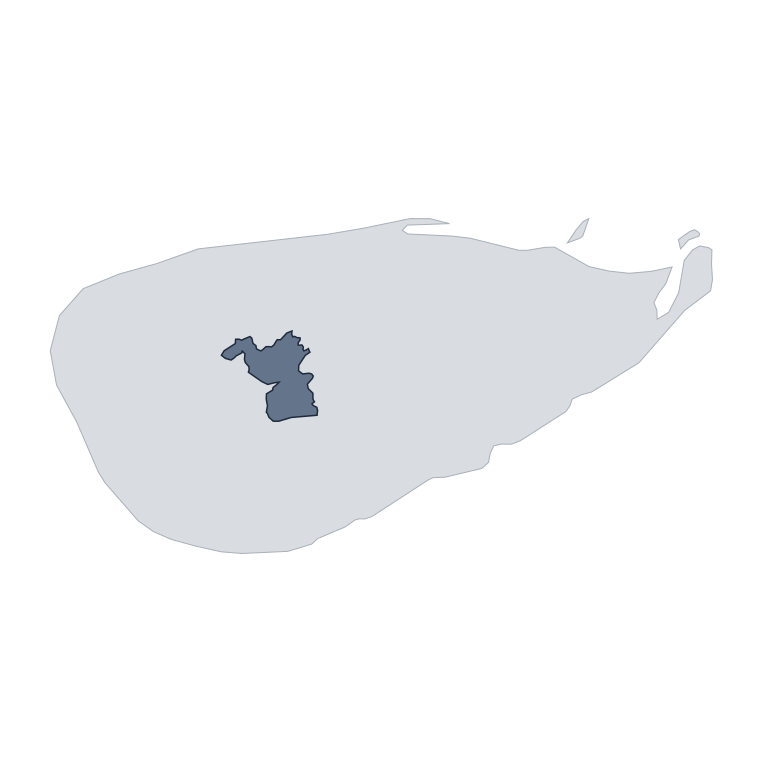 location of Mahanuvara within Sri Lanka, rotated 88°
{"feature_id": "LKA-2448", "entity_name": "Mahanuvara", "entity_type": "District", "adm_level": 1, "iso_a3": "LKA", "parent_name": "Sri Lanka", "parent_adm1": "", "projection": "robinson", "projection_center": [80.641, 7.216], "detail": "fine", "context": "in_parent", "style": "filled", "palette": "slate", "viewbox_px": 768, "rotation_deg": 88, "n_neighbors": 0, "source": "natural_earth", "source_scale": "10m", "svg_char_len": 2443}
<svg xmlns="http://www.w3.org/2000/svg" viewBox="0 0 768 768"><g transform="rotate(88 384 384)"><path d="M261.3,51.6L275.9,52.5L291.4,52.1L302.3,54.4L320.9,80.9L371.6,128.4L399.2,176.7L401.7,187.2L405.6,196.4L412.2,198.9L417.8,203.1L445.4,249.6L448.6,258.8L448.1,269.0L449.7,276.5L457.0,280.3L466.0,282.3L471.8,289.3L479.3,326.5L479.3,338.1L481.4,343.1L516.2,401.0L518.2,408.0L517.9,413.3L518.9,417.8L525.6,428.1L536.1,455.6L541.5,461.9L547.9,486.0L548.4,532.1L546.0,552.6L539.5,577.6L531.9,602.0L523.5,619.6L512.1,634.5L473.1,666.2L461.9,672.6L411.1,692.5L373.6,711.3L339.0,716.4L304.3,706.0L278.2,681.3L264.9,645.0L255.8,607.1L242.5,565.0L232.4,434.9L227.5,398.5L219.6,352.2L220.4,332.2L226.0,312.9L226.0,355.1L231.1,360.4L234.9,354.9L238.5,311.2L241.3,292.7L255.1,244.5L255.4,236.0L253.0,217.9L253.2,208.8L273.8,175.0L279.0,155.3L281.9,135.2L280.8,113.5L277.1,92.0L293.7,98.9L302.8,106.3L312.1,111.4L319.7,108.8L328.8,108.7L322.3,97.0L303.0,86.3L270.9,79.6L260.9,71.1L257.0,63.7L259.0,55.1L261.3,51.6ZM245.0,182.7L249.4,195.8L236.9,186.8L228.7,179.4L225.8,173.5L242.8,180.1L245.0,182.7ZM259.4,82.9L249.9,84.8L242.4,73.3L240.7,68.5L242.6,65.1L244.7,63.4L247.1,63.9L250.7,74.6L259.4,82.9Z" fill="#d9dde1" stroke="#a8b0b8" stroke-width="1"/><path d="M334.1,530.7L334.2,527.3L335.3,524.7L334.2,522.5L331.9,516.3L333.6,514.5L338.9,513.5L341.2,510.6L342.9,510.5L344.5,510.1L345.7,508.0L346.6,505.7L344.8,503.2L342.6,500.7L342.6,498.2L343.0,495.1L341.1,492.6L337.3,490.2L336.0,489.2L336.2,485.9L329.7,479.4L327.8,474.1L331.0,474.5L333.7,473.6L333.4,472.8L333.3,471.7L333.8,470.7L334.5,469.7L335.0,466.3L337.1,466.3L339.5,468.2L342.1,468.4L342.3,466.6L342.1,464.7L344.3,463.3L346.5,463.7L348.1,462.9L347.2,460.5L346.0,458.3L347.8,457.8L349.6,456.9L352.7,461.7L362.3,468.5L367.9,468.9L371.1,464.9L370.6,458.5L371.5,455.9L373.6,454.4L375.9,455.4L381.5,460.6L385.9,459.9L390.7,455.4L396.9,455.5L399.4,454.1L401.2,456.7L402.4,456.0L403.3,455.0L405.0,451.9L408.1,451.3L412.9,452.0L414.2,477.9L417.5,490.4L417.3,496.0L413.2,500.2L409.9,501.3L408.0,502.6L401.7,501.2L395.2,502.2L389.7,501.8L386.2,495.5L384.9,495.4L383.3,494.7L381.1,491.5L378.5,488.8L379.0,493.8L380.4,500.2L377.3,506.1L367.5,519.1L364.9,518.3L362.0,518.4L357.6,521.9L354.5,522.6L349.0,521.9L345.6,525.0L346.8,524.5L348.0,525.1L350.7,530.7L352.9,533.1L354.7,535.9L352.9,541.6L349.6,545.5L345.2,542.6L338.4,531.2L334.1,530.7Z" fill="#64748b" stroke="#1e293b" stroke-width="1.5"/></g></svg>